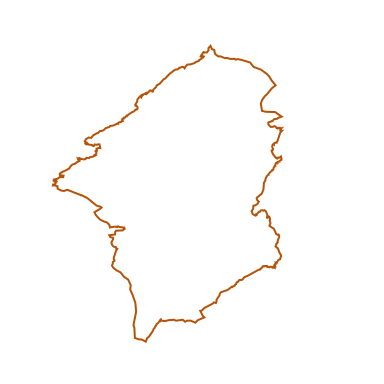 Røyken nor, Buskerud, Norway, rotated 236°
{"feature_id": "86288312B91895261820086", "entity_name": "Røyken nor", "entity_type": "district", "adm_level": 2, "iso_a3": "NOR", "parent_name": "Norway", "parent_adm1": "Buskerud", "projection": "mercator", "projection_center": [10.397, 59.735], "detail": "fine", "context": "isolated", "style": "outline", "palette": "amber", "viewbox_px": 384, "rotation_deg": 236, "n_neighbors": 0, "source": "geoboundaries", "source_scale": "gbopen_adm2", "svg_char_len": 5999}
<svg xmlns="http://www.w3.org/2000/svg" viewBox="0 0 384 384"><g transform="rotate(236 192 192)"><path d="M302.8,289.1L302.1,286.1L300.3,285.0L299.3,282.4L300.7,280.4L301.4,280.1L301.3,278.7L300.5,277.7L300.1,276.0L299.5,275.0L298.3,275.8L298.5,276.9L297.7,277.6L297.3,276.5L297.5,275.3L297.2,274.8L297.4,271.8L296.9,271.2L297.0,270.2L297.8,267.8L297.5,267.2L297.6,265.8L298.6,262.3L300.2,259.3L299.8,257.4L298.7,255.0L300.2,254.9L301.3,253.8L301.7,251.3L302.1,251.0L301.8,250.5L301.9,249.0L301.7,248.6L302.7,246.9L302.9,246.0L302.5,239.7L301.1,233.3L301.3,231.6L299.8,225.7L300.1,222.2L299.2,221.2L298.5,217.2L297.2,215.7L297.4,215.2L298.6,215.2L299.7,214.0L299.6,213.1L299.2,212.8L299.1,211.1L298.6,208.7L299.1,208.4L299.8,209.0L300.0,207.1L299.6,204.2L298.9,202.9L299.8,203.0L300.4,205.8L300.6,204.5L300.0,203.1L300.3,202.9L300.3,202.1L299.3,198.5L297.6,197.2L296.1,193.8L295.4,194.0L295.1,193.5L293.7,194.4L292.9,194.3L291.8,193.7L291.3,192.9L291.6,192.7L291.5,191.2L291.8,191.1L291.3,189.1L291.7,186.8L291.7,182.3L291.3,180.8L291.8,180.7L291.2,177.9L291.7,177.3L291.0,176.4L291.7,175.4L291.3,174.7L289.6,174.3L290.0,173.6L290.0,172.7L289.7,172.5L290.6,170.1L290.5,169.5L289.8,169.0L290.5,168.3L291.0,164.3L292.5,161.0L292.1,159.9L293.2,156.2L292.7,153.5L292.8,152.2L294.0,149.5L293.4,146.9L293.9,146.0L294.2,141.7L293.2,138.8L295.0,136.7L295.1,133.5L294.0,131.5L292.0,132.3L291.3,131.7L292.2,130.9L292.0,130.6L290.8,130.9L290.2,131.4L290.1,132.1L290.4,132.6L289.2,132.8L286.9,135.4L286.3,135.2L285.0,136.2L285.9,137.8L284.2,139.7L283.9,141.1L283.2,141.9L279.7,140.5L280.8,139.0L281.3,137.1L279.4,136.4L279.2,135.7L280.0,135.1L279.7,134.8L278.4,134.9L277.2,134.1L277.1,131.9L276.3,132.3L276.8,129.4L277.9,126.8L277.7,125.7L279.4,123.6L278.9,122.3L279.4,120.6L281.4,118.7L284.0,117.1L281.9,117.7L282.0,116.9L283.5,116.1L282.4,115.8L281.0,116.6L280.6,116.2L281.1,113.5L280.9,112.2L281.0,109.9L281.4,109.2L281.6,107.1L280.8,104.6L280.2,103.7L280.4,100.0L281.0,97.0L281.1,94.8L281.3,94.4L281.1,92.6L279.8,91.9L277.4,94.7L276.3,93.5L278.3,90.6L278.2,87.2L278.7,86.8L279.6,84.4L278.8,83.6L278.1,84.0L278.1,85.7L276.6,85.6L277.4,84.3L277.2,83.9L275.8,84.2L275.2,83.5L275.1,82.1L275.9,81.1L275.2,80.3L274.5,81.6L271.9,83.7L269.9,82.4L266.3,84.4L264.4,86.5L263.6,89.8L252.1,97.8L251.5,97.9L251.2,98.6L245.6,101.8L234.1,105.3L230.7,108.1L229.6,108.3L229.4,105.4L229.8,99.8L226.4,99.4L220.7,100.3L217.1,102.3L214.3,104.5L210.9,105.1L208.5,104.2L206.6,108.4L204.7,110.5L205.1,110.9L204.6,111.8L203.5,112.4L200.3,116.0L199.0,115.4L199.3,114.4L198.9,113.1L202.4,107.4L201.8,106.0L199.8,104.5L202.4,99.3L200.1,99.1L198.2,101.0L197.1,100.3L195.2,96.9L192.4,96.1L190.3,96.6L188.8,98.1L187.9,97.7L186.6,98.3L186.3,97.8L186.4,97.0L181.7,90.9L180.4,89.7L178.8,89.6L178.2,89.0L178.3,87.3L176.9,86.2L175.7,84.5L173.2,84.4L169.4,85.6L165.3,87.8L159.4,88.3L155.2,90.1L149.0,89.1L145.7,86.2L139.4,85.1L131.7,83.0L124.2,78.9L114.4,69.1L111.5,68.2L102.9,63.0L99.5,65.6L98.1,67.6L93.8,70.0L95.9,72.9L96.1,75.2L97.5,79.0L98.8,82.1L100.0,83.7L100.3,85.3L101.2,86.4L101.3,87.7L102.2,88.4L102.3,90.6L103.1,92.7L102.7,93.2L103.6,93.8L103.8,95.0L102.5,94.6L99.9,97.7L98.9,100.8L96.1,105.7L94.3,106.7L91.3,112.9L88.3,113.7L88.1,115.8L86.2,118.9L81.8,121.7L82.5,125.1L81.1,132.1L83.2,131.7L88.8,132.4L88.2,133.5L88.9,137.8L87.9,146.6L88.2,148.6L86.6,149.7L87.6,151.3L88.9,152.0L90.8,156.8L92.2,158.2L92.7,160.2L91.0,166.1L90.9,167.7L91.2,172.0L90.6,172.3L90.8,173.1L90.5,175.0L91.1,176.4L91.0,177.1L91.9,178.0L92.1,179.6L91.8,179.9L92.6,182.1L91.2,184.2L91.4,186.0L91.9,186.8L92.1,188.1L91.4,191.0L90.3,203.5L89.6,205.2L90.0,205.4L90.0,206.9L90.8,209.5L90.0,210.1L90.0,210.8L89.1,212.2L88.0,212.4L87.8,212.6L88.1,213.0L86.3,213.9L86.0,215.6L85.3,216.2L84.3,216.3L83.7,217.3L84.1,217.6L83.5,217.9L85.1,219.3L84.6,219.6L85.6,219.8L85.9,220.7L85.0,221.9L85.5,221.6L86.2,222.1L86.1,222.4L86.6,222.3L86.2,222.9L87.3,225.6L87.0,227.5L88.4,229.0L88.7,229.8L89.7,230.4L92.9,230.6L97.2,231.7L100.1,230.8L101.9,233.0L101.8,233.6L102.3,234.9L102.7,234.8L104.0,236.2L105.9,239.1L106.9,239.7L108.4,240.0L108.8,239.4L108.4,239.7L108.2,239.3L110.0,238.3L115.6,239.3L120.7,237.3L122.2,239.6L124.8,240.3L125.3,241.2L127.7,242.2L128.7,242.0L128.3,240.3L128.9,239.8L130.7,241.6L134.6,242.5L136.5,241.8L136.5,240.8L137.6,240.1L138.2,238.7L137.7,237.0L138.2,236.4L137.4,233.5L137.7,232.9L136.8,232.6L136.8,231.5L139.6,230.0L142.8,230.7L143.8,233.2L146.3,235.2L145.6,236.9L145.5,239.5L146.6,242.0L148.6,241.5L150.6,242.0L151.2,243.2L151.1,244.8L151.5,246.6L151.3,247.6L152.1,249.7L154.1,252.6L159.4,256.8L160.6,259.3L161.8,260.3L163.3,262.9L163.7,264.8L163.6,265.0L163.9,265.1L164.8,268.2L164.8,269.8L165.4,270.8L165.0,271.7L166.7,273.5L166.9,275.5L167.6,275.5L167.9,276.5L168.8,277.2L168.9,278.8L168.0,278.9L168.0,279.7L168.3,279.1L169.0,278.9L169.0,279.5L168.4,279.6L169.0,279.6L169.0,280.5L168.3,281.5L168.6,281.7L168.9,283.9L168.7,284.1L169.1,284.6L171.7,285.6L171.5,283.8L172.4,282.7L172.2,281.9L172.6,281.6L172.3,281.2L173.5,280.6L178.1,280.3L181.7,281.0L181.9,281.2L181.7,282.4L182.1,283.1L184.7,283.8L185.8,284.8L185.7,285.7L186.2,285.8L186.2,286.5L185.8,286.6L186.2,286.8L186.5,287.9L185.6,289.8L186.1,290.0L186.3,291.2L191.9,298.4L192.3,300.1L192.5,299.5L193.6,299.6L193.7,300.7L194.6,300.9L194.8,301.7L195.2,300.5L195.6,300.6L195.6,301.7L195.9,300.8L195.6,300.7L196.2,300.6L196.6,298.8L197.2,299.0L197.7,297.9L199.2,297.9L200.5,297.3L200.7,295.7L202.0,293.6L205.2,293.1L206.9,294.0L206.9,295.0L206.2,296.9L206.3,297.9L205.7,298.4L206.3,299.9L206.3,301.3L205.1,303.4L205.3,305.2L204.8,306.4L204.3,308.5L211.8,305.6L217.1,298.2L220.1,295.4L226.8,298.5L229.1,301.6L230.7,306.0L231.2,309.2L233.3,316.1L233.7,321.0L239.3,320.4L245.1,320.6L248.1,320.0L254.9,317.6L261.2,313.0L266.9,312.6L274.0,306.8L276.6,304.2L277.3,302.2L278.6,301.8L280.7,298.4L283.6,295.9L284.3,294.3L288.5,291.5L289.7,289.6L293.7,288.3L297.3,289.9L299.5,288.4L302.8,289.1ZM82.8,218.2L83.8,219.0L83.0,218.1L82.8,218.2Z" fill="none" stroke="#b45309" stroke-width="2"/></g></svg>